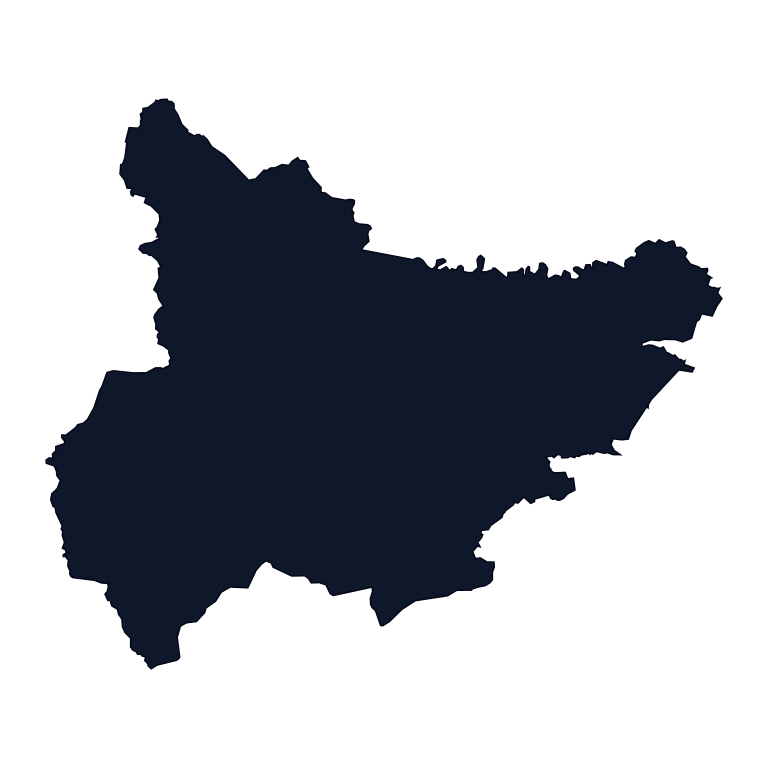 Tuxcacuesco, Jalisco, Mexico (Mercator projection)
{"feature_id": "50627088B97474247637158", "entity_name": "Tuxcacuesco", "entity_type": "district", "adm_level": 2, "iso_a3": "MEX", "parent_name": "Mexico", "parent_adm1": "Jalisco", "projection": "mercator", "projection_center": [-104.015, 19.687], "detail": "fine", "context": "isolated", "style": "filled", "palette": "ink", "viewbox_px": 768, "rotation_deg": 0, "n_neighbors": 0, "source": "geoboundaries", "source_scale": "gbopen_adm2", "svg_char_len": 6082}
<svg xmlns="http://www.w3.org/2000/svg" viewBox="0 0 768 768"><path d="M46.1,460.0L46.3,463.3L54.3,465.9L56.5,471.4L56.9,475.6L60.4,480.5L57.1,488.8L51.9,493.6L50.7,499.6L53.1,506.5L55.1,507.1L56.0,512.6L62.3,526.1L61.2,529.0L62.7,531.3L62.3,535.3L64.5,542.5L62.4,548.2L65.8,550.0L65.9,552.0L67.6,552.4L63.3,554.6L63.3,556.6L65.3,556.3L68.4,560.3L67.8,566.0L70.1,571.2L69.7,573.7L70.9,576.4L72.9,577.6L94.4,580.3L101.6,583.0L107.7,583.3L108.3,586.8L107.3,591.5L105.0,594.1L107.9,600.5L110.0,600.2L111.9,606.0L117.3,609.0L118.6,614.4L121.9,619.0L122.5,627.0L125.1,632.6L130.7,638.3L130.6,647.0L132.9,650.2L135.8,651.3L137.7,654.3L140.6,654.1L142.4,656.2L145.6,656.7L144.8,660.6L147.8,663.8L148.1,665.9L151.2,668.8L157.0,665.1L176.4,660.3L178.5,658.9L179.7,657.1L177.2,637.2L180.4,626.2L186.4,622.8L196.5,621.5L204.6,612.7L206.0,608.0L215.5,601.3L221.2,592.2L230.2,587.0L247.8,587.8L256.2,570.1L261.5,564.1L266.0,560.8L271.3,563.1L273.1,567.2L291.8,576.0L304.6,575.7L308.4,578.4L311.3,582.9L319.2,582.6L326.0,584.9L330.1,593.6L333.3,595.5L372.0,587.1L372.6,591.4L370.4,598.3L370.6,604.2L372.1,607.6L375.5,610.7L380.6,625.5L382.9,625.7L389.6,621.4L402.0,609.3L415.3,600.7L447.7,595.7L456.7,590.3L471.5,590.1L471.6,589.2L477.4,587.2L485.2,585.6L489.8,582.9L492.4,579.7L492.4,572.2L494.3,567.0L494.0,562.1L486.9,562.0L480.4,557.9L475.5,558.6L472.6,551.6L477.4,546.1L480.1,546.8L477.7,542.3L481.6,537.6L482.7,534.8L480.6,533.1L481.8,530.3L488.4,529.6L490.7,525.5L501.9,517.4L503.3,513.1L504.7,512.6L505.5,510.7L513.3,504.9L514.6,502.4L518.0,503.1L523.8,497.1L530.7,503.4L534.6,501.5L534.3,499.2L548.9,494.9L550.9,498.3L552.7,499.3L556.0,498.8L557.1,500.1L559.6,500.2L563.4,498.5L567.4,494.0L575.0,490.0L573.4,478.1L567.6,478.9L565.2,472.4L554.3,472.9L550.8,470.8L551.0,469.2L550.0,468.9L548.9,465.6L549.3,462.2L550.2,462.6L545.8,457.2L551.5,456.0L554.1,457.6L557.3,454.6L561.4,455.0L561.5,457.6L562.5,457.9L568.1,457.6L569.9,456.3L574.7,457.6L575.9,456.0L579.4,456.3L580.8,455.0L585.7,454.1L586.3,452.1L587.3,452.4L587.3,453.8L589.1,452.9L589.9,454.3L591.5,453.0L592.8,454.2L596.4,451.4L603.7,453.2L607.7,452.7L612.9,454.6L620.3,454.7L614.2,450.5L611.3,445.3L611.4,441.8L612.3,441.6L612.8,438.8L622.0,439.8L628.3,439.1L631.1,430.5L645.6,408.5L647.1,406.9L648.1,407.9L648.4,404.2L651.6,399.2L678.9,369.9L692.1,372.0L694.2,368.0L684.1,364.4L685.0,360.6L683.4,361.5L681.1,359.5L679.0,359.5L674.7,354.9L673.1,355.9L667.8,352.7L667.1,353.5L663.3,346.9L660.2,348.4L652.4,345.3L648.5,345.0L642.1,346.8L641.9,343.2L650.9,339.8L659.5,340.7L664.3,339.3L675.5,339.6L682.6,341.9L691.6,338.2L696.5,321.5L699.2,319.7L701.6,313.8L712.3,316.0L716.5,306.6L721.9,298.6L717.5,292.9L719.7,288.0L718.1,288.6L713.4,287.4L713.1,288.2L707.7,285.5L710.1,278.2L711.6,277.8L706.0,274.3L707.8,270.3L707.3,268.5L701.0,268.9L698.7,267.0L690.5,264.1L684.9,256.8L686.8,252.9L684.5,249.5L680.8,247.2L675.9,247.7L673.9,241.4L672.4,240.9L665.5,243.1L659.2,239.8L655.3,243.6L648.8,240.7L644.2,242.7L636.5,248.4L635.1,251.3L636.7,252.5L636.7,254.7L635.2,257.5L631.1,257.0L625.6,260.5L624.7,264.3L625.6,267.1L623.5,268.3L612.5,262.5L608.2,261.7L607.1,264.7L596.1,260.6L592.9,262.8L592.8,267.7L591.4,267.9L590.1,264.7L585.9,264.9L584.4,269.6L582.8,270.0L577.7,267.0L575.5,267.0L573.5,268.3L573.8,270.3L580.1,275.7L577.5,278.8L575.4,279.4L570.6,278.8L569.8,273.3L564.9,270.6L563.9,270.9L561.4,277.5L558.5,275.7L555.2,275.2L548.7,278.8L547.5,278.0L546.5,275.1L547.7,268.7L545.3,264.7L542.6,262.9L539.7,263.5L539.0,269.2L535.0,274.4L530.2,272.0L529.3,270.7L529.6,267.1L528.3,266.5L526.3,269.0L525.2,275.7L523.2,274.9L523.4,269.8L521.8,268.1L517.1,271.8L508.1,272.5L507.7,276.9L506.6,277.8L494.9,268.1L493.0,268.2L492.3,269.8L486.3,271.8L481.9,271.8L481.3,270.4L482.8,268.3L484.4,258.9L480.9,255.4L478.8,256.5L477.0,259.8L478.1,267.5L472.8,272.5L468.5,272.6L463.4,271.6L463.1,267.4L460.9,265.5L458.3,266.4L456.4,270.0L451.7,268.7L451.1,269.8L449.1,270.1L446.3,266.7L440.5,269.9L437.8,269.8L436.7,268.4L438.3,265.8L445.6,261.9L445.6,260.5L443.1,258.7L436.9,260.2L435.8,266.0L433.1,268.6L430.5,268.7L426.9,265.9L423.1,260.6L419.3,258.0L416.4,258.0L413.1,259.7L361.5,249.9L363.6,246.2L368.9,241.3L367.7,233.9L368.8,230.3L371.3,228.7L370.2,226.1L367.6,224.7L359.2,224.0L354.1,221.8L352.8,215.9L353.8,212.7L352.2,210.9L351.9,208.1L354.2,204.2L354.5,201.0L353.3,199.8L350.1,199.4L345.4,200.2L331.7,197.7L325.5,193.1L321.9,192.5L320.9,191.6L321.1,187.5L312.5,178.2L306.7,168.4L308.6,166.8L305.4,160.9L299.6,160.5L297.7,157.6L292.6,160.9L288.8,165.4L281.9,164.6L275.1,167.8L270.4,168.0L267.0,170.6L264.1,170.1L255.8,178.8L248.7,180.3L224.7,155.5L211.8,146.8L207.1,139.4L203.4,135.9L202.1,136.5L199.6,134.7L197.1,134.5L194.4,136.0L186.8,131.7L187.9,130.4L181.8,124.3L177.8,114.7L174.1,108.9L174.0,103.8L171.6,101.6L168.2,101.3L166.9,99.2L160.1,99.7L159.8,101.0L155.9,100.3L155.1,102.3L147.8,107.7L143.0,108.4L142.9,113.9L141.9,114.5L141.4,113.2L140.3,114.3L141.4,119.4L140.6,120.7L140.6,125.0L139.2,127.3L137.7,128.1L129.1,127.7L125.5,141.9L126.9,142.3L124.9,157.6L123.3,162.3L121.8,164.9L120.7,164.7L120.0,174.0L124.6,180.2L127.1,188.2L131.3,188.4L131.9,189.6L130.6,191.6L131.2,194.8L133.0,196.1L133.6,194.6L135.7,194.1L144.5,196.8L146.5,196.2L144.5,202.7L151.1,205.9L159.2,213.9L159.9,220.2L157.7,226.5L155.3,229.3L158.0,234.9L156.7,236.9L159.0,236.9L159.5,238.4L151.9,242.5L144.8,243.7L140.4,245.7L139.0,249.1L143.3,253.2L146.3,253.1L149.4,255.3L151.4,255.1L157.7,260.7L161.0,267.1L158.3,268.3L159.2,277.8L153.8,289.7L157.4,293.2L158.9,299.1L162.6,304.9L162.5,307.5L161.2,307.4L158.8,309.4L154.8,314.9L154.0,317.7L156.0,324.2L155.7,328.8L159.7,332.3L157.6,334.4L157.3,337.1L158.9,339.4L158.0,343.5L163.2,345.7L168.9,350.0L168.9,353.3L171.0,358.1L169.2,361.1L169.9,363.9L168.5,366.6L166.9,366.5L162.8,368.8L161.0,367.8L155.4,367.9L146.2,372.8L133.1,372.9L113.3,370.8L107.0,372.5L102.1,386.2L99.6,390.6L94.1,407.4L87.5,419.5L83.2,423.3L77.8,424.6L75.5,427.7L65.9,435.2L61.9,434.9L61.7,437.6L64.5,440.9L64.5,443.6L55.7,446.6L55.9,450.7L52.4,454.1L53.0,458.0L48.9,458.0L46.1,460.0Z" fill="#0f172a" stroke="#020617" stroke-width="1.5"/></svg>